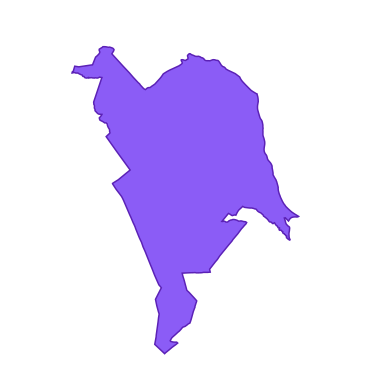 outline of Kinangop, Central, Kenya, rotated 352°
{"feature_id": "3690345B46347977633631", "entity_name": "Kinangop", "entity_type": "district", "adm_level": 2, "iso_a3": "KEN", "parent_name": "Kenya", "parent_adm1": "Central", "projection": "orthographic", "projection_center": [36.624, -0.731], "detail": "fine", "context": "isolated", "style": "filled", "palette": "violet", "viewbox_px": 384, "rotation_deg": 352, "n_neighbors": 0, "source": "geoboundaries", "source_scale": "gbopen_adm2", "svg_char_len": 5982}
<svg xmlns="http://www.w3.org/2000/svg" viewBox="0 0 384 384"><g transform="rotate(352 192 192)"><path d="M269.3,162.5L269.2,161.1L269.3,159.7L269.7,158.1L270.6,155.1L270.9,153.6L271.0,152.1L270.7,149.0L270.2,146.3L270.2,145.1L270.7,141.7L270.8,140.3L271.2,139.0L271.3,136.8L271.5,135.6L271.4,133.3L271.2,131.5L270.5,129.8L270.1,129.2L269.6,127.6L268.9,122.9L268.5,119.9L268.5,118.4L268.7,116.7L269.0,115.3L270.2,111.6L270.4,109.1L270.4,107.1L270.0,103.8L269.4,103.6L266.0,100.8L264.7,99.6L264.2,99.0L260.0,93.4L257.4,89.7L256.7,88.5L256.0,87.1L255.5,85.6L255.2,84.7L254.7,84.2L251.3,80.8L244.6,76.4L242.8,75.0L242.3,74.0L241.7,73.2L240.9,72.5L240.0,72.1L239.4,71.5L238.4,70.0L238.1,69.2L237.5,67.8L236.6,66.0L236.0,65.4L235.4,65.2L233.9,64.8L233.1,64.3L231.4,63.9L230.5,64.0L227.9,64.6L227.3,64.4L224.2,63.9L223.0,63.1L222.5,62.5L222.4,61.9L221.9,61.3L220.8,60.5L220.1,60.3L218.9,59.3L217.8,58.7L216.9,58.4L216.1,58.5L214.4,58.1L213.6,57.7L212.8,57.1L210.4,55.8L209.7,55.0L209.0,54.7L208.1,54.9L206.6,56.1L206.5,57.5L206.8,58.3L206.4,59.8L205.1,60.2L204.0,60.8L203.1,60.6L202.2,60.2L201.5,59.8L200.7,59.6L199.8,59.6L199.6,60.3L199.8,61.0L200.2,61.7L200.3,62.5L200.1,63.3L199.2,64.0L196.8,65.2L193.5,66.2L189.5,67.4L187.4,68.0L185.7,68.6L184.3,69.1L180.5,70.8L179.7,71.3L179.1,72.1L177.4,73.9L176.1,75.1L170.2,80.0L167.6,81.3L166.9,81.6L165.1,82.7L163.9,82.6L163.0,82.6L162.2,82.8L161.4,83.3L160.1,84.1L159.4,83.7L158.7,83.0L158.1,82.3L155.9,79.1L155.4,78.2L155.1,77.5L154.5,76.9L153.7,75.9L149.8,70.3L146.7,65.5L141.2,57.7L132.3,44.7L131.9,44.0L134.2,41.2L134.6,40.0L134.0,39.1L133.5,38.5L131.4,37.4L130.3,37.0L129.5,37.1L127.2,36.3L126.1,36.0L124.0,35.7L123.2,36.3L122.3,36.7L121.7,36.9L120.0,37.7L119.8,38.8L120.0,39.7L120.2,40.5L119.9,41.3L118.9,42.5L116.9,44.0L115.3,45.0L111.2,52.2L97.3,52.3L93.4,51.1L91.2,55.9L90.5,56.2L90.0,56.6L89.8,57.5L91.5,57.3L92.5,57.4L93.0,57.9L93.8,58.0L94.7,58.3L95.4,58.2L96.1,58.7L96.9,59.5L97.8,59.9L98.5,60.5L99.4,60.8L99.7,61.4L99.8,62.0L100.3,62.5L101.0,62.5L101.4,63.1L101.7,63.8L102.5,64.2L103.3,64.4L103.9,64.6L105.2,64.1L105.7,64.9L106.6,64.5L107.5,64.8L108.6,64.8L109.7,65.3L110.5,65.4L111.2,65.6L112.0,65.4L112.9,65.7L114.3,66.0L115.1,65.9L116.3,65.4L118.7,66.1L107.1,89.3L107.1,90.3L107.0,91.6L107.3,92.3L107.4,93.2L107.0,95.2L107.5,96.9L107.3,97.6L107.4,98.2L107.8,98.8L108.4,99.5L108.7,100.1L110.1,101.7L110.9,102.0L113.6,102.6L112.9,103.6L112.2,104.2L111.5,104.9L110.5,105.7L110.6,107.1L110.9,108.1L113.8,110.1L114.6,110.9L115.3,111.5L116.4,111.5L117.0,112.1L117.5,112.9L117.5,113.7L117.6,114.7L118.1,116.6L118.9,118.3L119.0,119.3L118.8,120.7L119.0,121.5L118.9,122.2L114.7,125.2L122.7,140.7L133.8,161.6L120.7,169.6L114.5,172.4L114.6,173.1L117.2,178.7L121.4,186.2L122.0,187.6L123.0,190.6L127.1,205.7L128.0,208.7L129.5,214.4L130.1,216.2L130.8,218.7L131.1,220.4L132.8,227.3L133.6,230.4L135.0,234.8L135.9,239.5L137.4,244.7L138.8,250.5L140.8,258.6L141.7,262.0L143.4,269.2L144.7,273.8L146.2,279.1L146.6,279.9L147.2,280.7L148.3,282.6L140.9,293.2L141.3,299.7L142.1,306.1L142.5,308.2L141.3,312.1L140.3,316.0L136.7,328.6L136.3,330.5L133.9,337.7L142.4,348.3L143.3,347.6L148.4,344.5L150.6,343.1L152.8,341.9L154.9,340.8L156.8,339.6L156.0,338.6L155.3,338.4L154.5,338.4L153.6,338.2L152.0,337.8L150.7,337.2L150.1,337.0L149.7,336.3L150.2,335.5L151.8,333.5L152.5,333.0L156.0,330.7L158.4,329.0L160.2,327.9L161.9,326.5L163.2,325.3L163.9,324.7L164.5,324.5L166.5,324.1L168.9,322.8L170.1,322.0L171.6,321.6L172.8,319.4L173.8,317.2L174.5,315.6L176.6,310.7L178.3,307.5L178.8,306.8L178.9,306.0L180.5,302.6L181.3,301.1L181.5,300.3L181.0,299.6L180.5,298.8L176.3,292.7L175.4,291.4L173.2,288.6L172.3,281.2L172.2,280.3L172.0,278.6L171.2,273.7L171.0,271.0L177.9,271.6L182.3,272.1L183.8,272.2L185.1,272.7L187.6,273.0L190.5,273.3L192.2,273.2L196.7,273.8L198.9,273.9L198.8,272.7L198.7,270.9L205.3,264.5L207.7,262.4L210.6,259.1L221.2,249.3L224.7,246.2L226.0,244.7L231.5,239.8L235.8,235.4L237.4,234.1L239.2,232.5L241.1,231.0L241.9,229.8L240.9,228.9L240.2,228.7L239.4,228.6L237.1,227.6L236.0,227.4L234.2,227.4L233.2,226.6L232.1,226.0L231.0,225.5L230.2,225.2L228.8,224.9L227.2,225.2L226.2,225.2L224.4,225.8L223.2,226.6L222.3,226.7L221.1,226.3L220.4,225.6L219.7,225.3L218.3,225.5L217.5,225.3L225.1,218.3L226.2,219.0L227.2,219.9L227.9,220.6L228.6,221.0L230.7,220.7L231.5,220.7L232.2,221.1L233.9,218.6L234.7,217.6L235.4,216.8L236.2,216.1L239.3,214.0L240.2,213.3L241.4,214.2L242.1,214.6L246.6,215.8L247.5,216.0L248.2,216.0L249.3,216.3L250.8,216.9L251.6,217.4L252.7,217.7L253.4,218.3L253.7,219.0L254.4,220.1L255.2,220.9L255.9,221.5L257.2,222.2L257.7,222.9L259.0,224.3L259.4,225.2L259.5,225.8L260.2,226.4L262.0,228.3L262.7,229.1L263.4,230.2L264.3,231.9L264.7,232.4L265.8,232.7L266.6,233.2L267.2,234.3L267.8,234.6L269.3,233.9L269.7,234.4L270.0,235.4L270.9,237.0L271.7,237.6L272.0,238.2L272.2,239.2L272.7,239.7L273.6,239.8L273.5,240.6L273.0,241.2L273.2,241.9L273.8,242.2L274.5,242.1L275.2,242.5L275.5,243.3L276.4,244.0L276.1,244.7L276.6,245.7L277.6,246.2L277.8,246.9L278.5,247.4L278.9,248.5L279.6,248.8L279.4,249.5L279.2,250.4L280.2,251.5L280.8,252.3L282.1,253.2L282.5,252.6L282.1,251.8L281.9,250.1L282.2,246.8L282.4,246.0L282.6,245.3L282.9,244.5L283.2,243.4L283.7,241.3L283.6,240.3L283.1,239.6L282.5,239.2L282.0,238.5L281.0,237.1L280.7,236.3L280.5,235.3L280.3,233.5L279.8,230.6L280.8,230.5L281.4,231.3L282.6,233.0L283.5,234.2L284.3,233.3L285.5,231.9L287.1,231.1L288.8,230.9L290.7,231.0L291.6,231.2L292.7,231.4L293.6,231.3L294.2,231.0L293.7,230.6L290.3,227.8L288.1,225.8L287.0,224.6L284.7,221.8L282.9,219.4L281.9,217.4L281.5,216.8L281.1,216.0L280.2,213.7L278.9,209.5L278.7,208.3L278.1,205.9L277.8,203.6L277.7,202.3L277.8,200.5L278.0,199.4L277.9,198.2L277.3,193.6L277.0,192.5L276.9,191.8L275.6,188.8L274.7,186.3L274.7,185.6L274.9,184.7L274.9,183.8L274.8,180.4L274.7,179.5L274.9,177.3L274.7,176.5L274.4,175.5L273.8,174.1L272.0,171.3L271.7,170.7L271.4,169.8L271.1,166.9L270.7,165.7L270.2,164.8L269.8,164.2L269.3,162.5Z" fill="#8b5cf6" stroke="#5b21b6" stroke-width="1.5"/></g></svg>